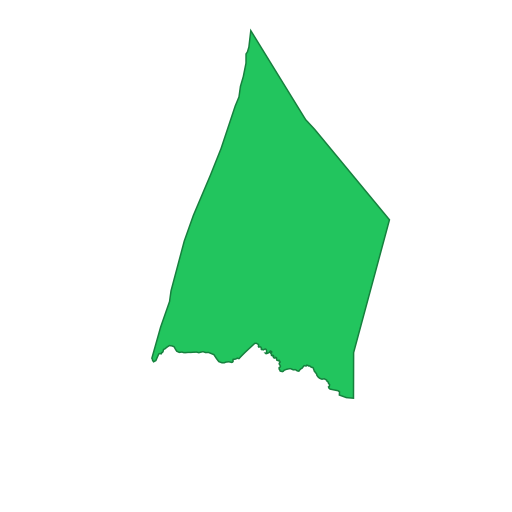 Matagorda, Texas, United States of America (Natural Earth projection), rotated 138°
{"feature_id": "52423323B77931792505034", "entity_name": "Matagorda", "entity_type": "district", "adm_level": 2, "iso_a3": "USA", "parent_name": "United States of America", "parent_adm1": "Texas", "projection": "natural_earth1", "projection_center": [-95.78, 28.81], "detail": "fine", "context": "isolated", "style": "filled", "palette": "green", "viewbox_px": 512, "rotation_deg": 138, "n_neighbors": 0, "source": "geoboundaries", "source_scale": "gbopen_adm2", "svg_char_len": 2699}
<svg xmlns="http://www.w3.org/2000/svg" viewBox="0 0 512 512"><g transform="rotate(138 256 256)"><path d="M127.7,310.8L127.9,324.1L109.1,426.9L121.5,416.0L125.8,413.4L128.2,412.8L134.4,406.0L145.4,397.8L154.0,392.5L162.2,385.6L171.0,381.4L210.1,359.2L236.1,346.4L275.3,328.1L299.3,315.1L342.4,287.0L350.7,280.0L374.4,267.0L401.8,249.7L401.9,249.0L402.7,247.6L402.9,245.9L400.4,245.3L393.8,248.3L392.7,247.8L392.2,247.1L391.8,246.7L391.3,247.0L390.7,247.3L390.0,246.9L388.9,247.3L387.3,248.4L385.5,247.9L383.9,247.9L382.1,247.7L380.3,247.4L378.5,245.3L377.6,243.2L378.2,240.9L378.4,239.7L378.6,238.2L377.5,235.7L375.2,234.1L374.5,232.7L373.0,231.3L371.2,230.0L369.0,228.0L366.9,226.4L364.4,224.3L363.2,222.4L361.6,221.6L359.4,220.4L358.0,217.9L355.8,216.1L353.3,210.9L354.0,206.2L354.3,202.4L352.8,199.5L351.1,197.9L349.4,197.3L347.1,195.7L346.0,194.3L345.3,193.2L344.4,192.8L343.3,193.2L342.9,194.1L342.0,194.5L341.6,194.0L340.6,193.4L340.0,193.0L338.9,192.8L338.2,192.6L337.8,191.7L337.2,191.1L336.5,191.2L335.7,191.3L332.6,191.5L328.6,191.7L324.5,191.8L315.3,191.9L314.0,190.7L313.4,188.5L314.4,187.4L314.8,187.1L314.9,186.5L314.1,186.0L313.5,185.5L313.4,184.7L313.7,184.0L313.9,183.4L314.0,183.6L314.4,183.4L314.4,182.6L313.9,182.2L313.3,181.3L312.0,181.0L311.1,180.4L311.0,179.4L312.2,177.7L312.6,176.9L313.2,177.0L314.0,177.6L313.9,176.7L313.0,176.2L311.3,175.6L310.4,175.4L309.7,175.8L308.7,175.6L308.5,174.8L308.5,174.1L309.1,173.9L309.1,174.1L309.3,174.5L309.9,174.4L310.3,173.2L310.4,171.7L310.9,171.6L310.4,170.7L309.7,170.4L310.0,169.6L310.6,169.5L310.9,168.7L310.6,167.8L309.6,167.2L309.2,167.4L308.9,166.7L309.2,166.2L309.8,165.5L310.2,164.5L309.9,164.2L309.5,163.1L308.7,163.1L308.8,162.2L308.8,161.7L309.1,161.0L309.8,161.0L310.8,160.5L311.2,159.6L311.2,158.8L311.5,157.8L312.6,157.3L313.4,157.6L314.4,156.6L314.6,155.4L315.0,154.3L314.5,153.5L313.6,152.3L312.7,152.1L311.6,152.3L309.4,151.5L307.4,150.4L306.3,149.7L305.6,149.0L305.2,148.1L304.7,146.9L304.0,146.0L303.0,145.5L302.6,144.7L302.3,143.3L301.6,142.1L300.9,141.7L299.7,142.1L298.0,142.1L296.9,141.8L294.5,142.2L293.6,142.3L292.9,141.5L292.5,140.8L291.8,140.6L291.4,140.9L290.7,140.1L290.4,138.9L289.8,138.6L289.5,137.8L289.6,137.3L288.9,135.6L288.4,135.2L288.4,134.4L288.9,133.4L289.3,132.2L289.7,131.6L289.6,130.8L289.9,129.7L289.8,128.2L290.6,126.5L290.8,124.7L290.6,122.9L290.1,121.6L289.6,120.6L288.8,119.9L287.4,119.1L287.0,117.7L286.5,116.6L287.0,115.4L286.7,113.9L287.4,112.7L287.3,111.3L287.8,110.8L288.8,110.0L289.7,110.2L290.0,109.5L290.2,108.7L290.0,107.5L285.2,101.0L284.8,99.2L287.1,96.9L283.6,90.3L278.7,85.1L248.1,118.9L132.6,193.6L127.7,310.8Z" fill="#22c55e" stroke="#15803d" stroke-width="1.5"/></g></svg>